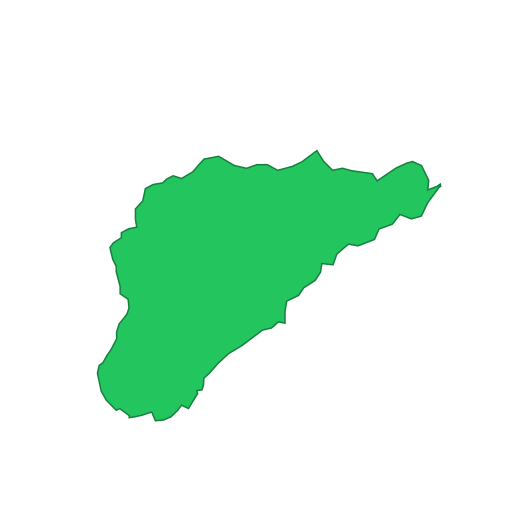 outline of Mandria Lemesou, Limassol, Cyprus, rotated 155°
{"feature_id": "46923920B25695470611853", "entity_name": "Mandria Lemesou", "entity_type": "district", "adm_level": 2, "iso_a3": "CYP", "parent_name": "Cyprus", "parent_adm1": "Limassol", "projection": "orthographic", "projection_center": [32.836, 34.866], "detail": "fine", "context": "isolated", "style": "filled", "palette": "green", "viewbox_px": 512, "rotation_deg": 155, "n_neighbors": 0, "source": "geoboundaries", "source_scale": "gbopen_adm2", "svg_char_len": 1500}
<svg xmlns="http://www.w3.org/2000/svg" viewBox="0 0 512 512"><g transform="rotate(155 256 256)"><path d="M439.3,163.1L433.1,161.3L426.6,159.9L416.4,158.7L416.8,149.2L408.9,146.4L400.9,146.2L392.2,149.2L386.5,152.3L381.7,146.3L376.0,150.1L367.1,155.9L366.5,159.0L361.4,157.5L358.0,161.5L354.9,167.3L348.5,169.2L335.8,174.7L322.3,179.1L306.5,180.8L281.4,186.1L272.3,184.2L263.6,186.8L258.1,182.9L253.2,193.4L247.3,202.1L234.1,202.3L226.2,207.0L212.7,208.9L204.4,214.0L199.5,221.3L189.9,215.5L181.9,223.6L167.2,227.7L159.2,222.1L141.6,220.9L133.1,228.5L119.0,227.2L108.0,232.8L99.5,224.0L89.3,222.3L77.9,231.7L61.3,240.7L61.4,240.4L60.8,241.0L59.2,241.1L58.6,243.3L62.5,242.6L72.4,243.3L67.5,251.5L67.8,268.0L74.2,275.5L80.6,276.5L92.1,276.5L104.5,274.5L114.5,272.9L115.7,281.4L133.2,292.8L140.6,299.0L150.4,301.3L154.7,313.2L156.3,325.8L174.8,321.9L185.5,321.9L200.2,324.5L207.1,334.0L216.6,338.4L227.6,339.5L237.4,347.2L247.7,362.1L262.1,365.8L268.2,363.3L277.7,359.0L290.7,357.7L297.2,363.7L304.3,363.5L309.7,361.7L319.1,364.3L327.8,363.8L335.3,353.8L345.4,349.6L349.8,340.1L351.9,332.5L360.1,334.5L368.2,334.0L370.3,329.5L379.7,328.2L384.8,325.4L385.9,320.3L387.2,313.7L387.2,312.7L387.1,305.6L389.4,300.6L392.0,285.8L395.1,279.2L390.2,270.9L393.1,262.5L397.7,257.7L408.7,252.3L414.5,246.0L417.1,240.0L426.6,232.7L433.5,228.6L439.8,224.0L444.4,223.1L449.2,216.9L453.4,198.9L452.6,188.6L447.9,175.3L443.9,175.2L438.3,164.8L439.3,163.1Z" fill="#22c55e" stroke="#15803d" stroke-width="1.5"/></g></svg>